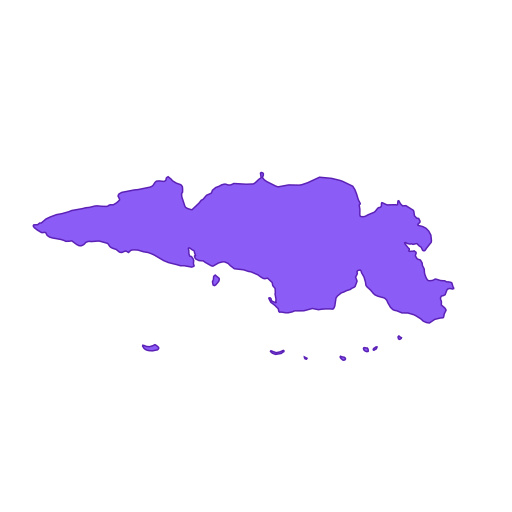 the district of Guanaja, Islas de la Bahía, Honduras, rotated 49°
{"feature_id": "27666195B63359869130293", "entity_name": "Guanaja", "entity_type": "district", "adm_level": 2, "iso_a3": "HND", "parent_name": "Honduras", "parent_adm1": "Islas de la Bahía", "projection": "albers", "projection_center": [-85.876, 16.459], "detail": "fine", "context": "isolated", "style": "filled", "palette": "violet", "viewbox_px": 512, "rotation_deg": 49, "n_neighbors": 0, "source": "geoboundaries", "source_scale": "gbopen_adm2", "svg_char_len": 6162}
<svg xmlns="http://www.w3.org/2000/svg" viewBox="0 0 512 512"><g transform="rotate(49 256 256)"><path d="M345.7,133.7L347.9,132.1L348.9,130.6L350.3,129.8L351.8,126.9L352.4,126.4L355.0,126.3L357.8,125.6L361.0,126.5L362.0,126.1L362.6,125.3L362.6,124.3L362.0,122.3L360.6,114.8L359.5,113.5L354.9,110.3L350.5,109.3L346.7,109.5L343.5,110.7L339.7,113.2L338.8,113.6L338.3,113.1L338.1,110.2L337.3,109.3L334.4,108.6L332.8,109.9L329.6,110.0L325.8,107.6L324.7,107.3L316.4,109.8L314.3,112.5L311.4,112.7L307.9,112.0L307.6,112.4L307.9,113.1L310.0,115.4L309.9,116.3L308.7,117.2L303.4,123.6L298.9,125.6L298.3,126.1L298.6,126.8L300.2,128.2L300.8,129.4L300.8,130.4L300.0,131.5L299.8,132.8L300.5,136.5L300.5,138.1L298.4,144.4L297.7,147.6L297.0,148.9L295.3,150.8L294.3,151.2L293.1,150.7L288.8,146.9L285.4,144.8L285.1,144.2L285.1,143.2L284.8,142.9L280.5,141.8L275.2,139.4L270.7,137.8L266.8,137.2L256.6,141.6L254.1,143.0L247.0,148.0L238.2,156.4L234.6,168.9L232.1,175.0L230.7,177.1L223.8,184.7L218.3,194.0L216.3,195.2L206.8,199.1L204.3,199.7L202.1,199.8L200.9,199.5L199.8,197.4L198.6,196.4L197.7,196.4L196.6,197.0L196.3,197.7L196.4,198.3L199.9,200.5L200.3,201.2L200.0,203.3L200.2,208.6L199.9,210.7L195.5,216.2L186.7,225.2L186.0,227.9L185.0,229.6L183.7,230.7L182.1,231.6L181.0,232.7L179.8,235.1L179.1,238.3L177.9,241.4L177.8,245.7L178.9,247.7L179.2,248.8L177.7,253.5L178.5,258.8L178.0,260.8L178.7,264.2L179.1,274.0L177.8,275.0L174.8,276.7L173.2,277.2L172.0,277.1L162.7,273.2L160.5,271.6L159.9,270.6L159.6,269.5L157.6,267.7L155.6,266.2L154.1,265.9L152.8,266.0L148.8,268.3L145.1,269.5L144.1,269.7L142.6,269.6L138.5,270.3L138.3,271.4L138.3,272.5L139.5,274.0L139.7,275.5L139.1,276.8L135.9,279.7L134.2,282.0L134.2,283.9L135.2,287.5L135.1,288.9L134.5,290.8L128.4,301.6L126.3,304.5L119.9,315.6L119.3,318.6L119.8,320.2L120.5,320.9L123.7,321.7L124.3,322.5L124.4,326.3L123.8,329.8L123.1,330.9L121.7,332.4L121.2,333.7L121.1,335.2L120.5,336.3L117.0,340.1L114.0,342.9L112.6,344.8L110.1,349.7L108.0,352.7L106.2,356.2L100.8,365.2L99.6,368.6L96.6,374.9L93.9,379.4L91.5,385.8L90.3,390.1L90.2,396.6L89.2,397.6L89.1,400.3L86.7,403.3L87.0,404.2L87.7,404.6L89.4,404.7L93.0,404.0L97.3,402.6L98.0,402.2L99.6,399.9L100.4,399.4L103.5,400.1L106.3,399.4L108.7,397.9L115.4,392.5L118.1,390.8L120.2,389.9L122.5,387.0L123.7,385.1L129.6,383.8L132.1,382.8L133.5,381.4L134.1,379.8L134.4,378.2L134.1,375.6L134.8,373.3L135.9,371.9L137.2,370.7L141.0,365.5L142.3,364.2L149.0,359.8L150.4,359.7L152.8,360.1L154.2,359.9L156.0,359.2L159.4,357.2L163.1,356.6L164.0,356.2L165.3,355.0L166.2,352.2L166.7,351.2L167.4,350.7L169.7,349.9L169.6,347.1L170.0,345.8L171.6,343.7L174.1,341.2L178.9,338.2L182.8,335.0L186.0,333.3L188.7,332.1L198.9,328.7L203.5,326.4L210.5,321.5L213.9,319.3L216.2,316.6L222.2,311.8L222.7,310.6L222.9,309.2L220.8,308.3L218.5,306.0L216.8,305.3L214.7,305.1L213.6,305.3L212.9,306.0L212.2,306.0L209.9,304.9L207.8,303.1L206.0,302.2L205.8,301.5L206.4,300.8L209.5,300.1L211.0,299.4L211.7,299.4L213.7,300.5L215.9,301.2L216.0,301.5L215.6,302.3L216.0,302.7L217.6,303.3L218.9,303.4L222.1,302.0L225.1,299.0L227.2,298.6L234.0,296.2L235.1,295.5L235.5,294.8L236.7,288.7L238.6,284.9L239.8,283.6L243.3,281.9L246.5,281.7L251.4,280.7L258.3,274.4L262.9,271.7L264.6,270.2L271.5,266.9L275.2,266.1L277.7,265.2L279.0,264.2L279.8,262.6L280.5,261.8L286.6,261.2L289.4,262.8L293.1,262.9L296.5,265.6L297.1,266.5L301.8,269.3L303.3,270.9L304.3,271.3L304.0,271.9L300.1,273.7L298.0,272.7L296.8,272.8L296.2,273.5L296.2,273.9L296.6,274.2L300.6,275.2L305.2,274.2L310.4,273.8L312.7,275.1L313.8,275.1L314.9,273.7L318.5,270.7L320.0,268.9L322.0,265.2L322.7,262.9L328.7,255.9L332.6,247.9L337.6,244.0L339.1,241.5L341.9,237.8L344.7,234.6L346.2,233.2L346.6,232.5L346.4,231.3L345.4,229.3L340.2,223.2L339.6,220.8L339.8,215.8L340.8,213.3L341.6,210.3L343.1,206.8L343.3,204.6L344.0,202.3L344.0,201.2L341.4,196.4L340.6,195.9L337.3,194.7L335.9,191.2L333.9,189.9L333.8,188.6L334.8,186.8L335.3,186.5L336.1,186.5L337.9,187.3L342.8,188.3L347.7,190.6L350.1,192.2L351.7,192.5L357.1,191.9L361.4,192.0L363.5,191.7L366.3,190.4L371.7,186.8L373.2,186.4L375.3,186.4L377.8,187.2L383.1,188.2L386.2,187.9L387.9,187.1L389.7,185.7L394.7,183.2L398.6,178.8L403.9,175.4L405.9,174.6L411.4,172.9L414.9,172.5L418.1,171.0L420.3,169.1L421.1,162.7L423.7,157.6L425.3,155.4L425.2,154.5L423.2,151.9L421.6,148.1L420.3,147.7L418.7,147.6L414.7,148.3L411.8,145.8L409.7,145.1L408.4,143.9L407.9,142.3L408.8,140.6L409.3,138.7L406.9,134.2L406.8,132.6L407.5,131.2L409.9,129.3L410.3,128.2L409.9,127.8L408.6,127.6L405.2,126.0L404.4,125.9L403.6,126.3L401.6,127.9L400.6,129.1L398.6,129.8L395.6,132.8L391.4,135.4L390.9,136.1L390.7,137.4L390.1,139.1L388.1,141.8L386.8,142.3L384.4,142.0L380.8,140.7L379.1,139.8L376.2,137.6L372.3,136.6L370.3,135.2L367.2,134.6L366.3,134.8L365.1,135.7L363.8,136.2L360.7,135.7L360.1,135.3L359.0,133.4L358.2,132.8L355.8,133.3L355.5,134.4L354.7,135.1L353.4,136.9L352.6,137.4L352.2,137.2L351.9,136.3L351.1,135.6L349.6,135.8L344.6,135.6L343.6,135.2L343.7,134.7L344.0,134.3L345.7,133.7ZM252.3,401.1L254.0,400.8L255.8,399.9L257.4,398.7L259.7,396.3L262.2,391.9L262.1,390.7L261.7,389.8L260.9,389.5L259.8,389.6L257.3,390.1L256.5,390.6L256.1,392.5L254.6,395.9L252.4,398.0L249.9,399.3L249.1,400.0L249.6,400.7L252.3,401.1ZM249.7,307.4L251.1,306.8L251.4,305.3L250.7,300.8L250.0,299.6L249.3,298.8L248.5,298.5L243.6,299.3L243.6,301.3L245.9,303.7L246.8,305.7L249.7,307.4ZM338.2,307.7L340.1,307.4L343.1,305.8L346.1,300.9L346.2,298.7L346.5,298.0L346.1,297.2L345.6,297.1L345.1,297.4L344.1,300.8L342.2,304.2L337.3,306.9L337.4,307.6L338.2,307.7ZM397.6,236.2L399.3,236.0L400.8,235.2L401.5,234.2L401.5,233.7L400.0,232.6L398.5,232.3L397.6,233.3L396.2,234.3L396.0,234.9L396.3,235.6L397.6,236.2ZM389.2,259.1L391.3,258.8L392.0,258.4L392.7,257.2L392.5,256.1L391.8,255.6L390.3,255.8L388.6,257.2L387.1,258.0L387.2,258.4L387.7,258.9L389.2,259.1ZM412.0,202.8L412.9,202.6L413.3,202.0L413.5,200.5L413.1,199.8L412.0,200.3L410.1,200.6L410.1,201.6L410.5,202.1L412.0,202.8ZM404.1,229.1L404.5,228.8L405.0,226.1L404.3,224.6L403.9,224.3L403.3,225.2L403.0,228.0L403.4,228.8L404.1,229.1ZM365.9,286.4L367.0,285.6L366.7,284.6L363.9,285.7L364.6,286.2L365.9,286.4Z" fill="#8b5cf6" stroke="#5b21b6" stroke-width="1.5"/></g></svg>